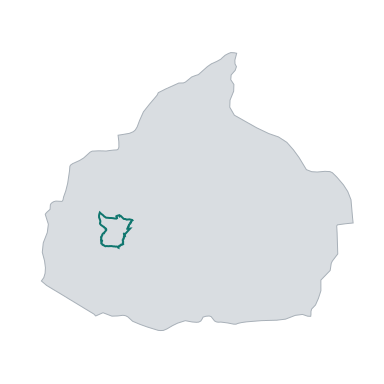 Mberengwa, Midlands, Zimbabwe (highlighted), rotated 85°
{"feature_id": "62879985B72104982716343", "entity_name": "Mberengwa", "entity_type": "district", "adm_level": 2, "iso_a3": "ZWE", "parent_name": "Zimbabwe", "parent_adm1": "Midlands", "projection": "equal_earth", "projection_center": [30.19, -20.689], "detail": "fine", "context": "in_parent", "style": "outline", "palette": "teal", "viewbox_px": 384, "rotation_deg": 85, "n_neighbors": 0, "source": "geoboundaries", "source_scale": "gbopen_adm2", "svg_char_len": 5959}
<svg xmlns="http://www.w3.org/2000/svg" viewBox="0 0 384 384"><g transform="rotate(85 192 192)"><path d="M267.5,349.8L264.4,347.1L260.1,345.4L254.7,344.6L247.7,344.9L239.0,346.4L229.7,344.6L219.8,339.7L211.6,337.9L201.7,340.1L201.3,340.1L199.6,338.5L196.9,334.9L192.4,334.2L191.2,333.4L190.2,332.0L189.5,330.3L189.2,328.4L190.0,322.5L189.6,321.8L188.4,321.1L185.9,320.4L180.0,317.7L172.5,315.1L160.4,312.2L155.7,311.4L154.6,310.6L153.3,308.4L150.9,301.5L148.7,297.0L143.4,290.0L142.6,287.9L142.8,282.3L143.2,277.9L143.7,274.0L143.5,270.5L143.4,266.1L143.5,263.1L142.8,261.8L140.9,260.9L135.5,260.5L129.0,260.7L128.7,256.2L128.1,249.2L126.8,245.2L125.3,243.1L122.3,240.9L116.2,238.0L107.9,233.4L100.8,226.7L92.6,218.4L90.1,216.9L87.0,209.1L82.3,195.6L82.6,191.1L81.9,188.9L77.4,182.3L76.4,178.9L75.6,175.4L68.4,165.7L66.0,161.5L64.1,156.0L62.2,151.7L60.7,149.9L58.6,147.0L57.2,143.6L56.5,141.1L57.0,137.7L57.7,135.4L64.4,137.8L68.1,138.0L71.0,136.8L74.6,138.4L78.8,142.8L83.5,143.6L88.5,140.9L95.2,141.7L103.8,146.1L110.8,147.0L119.2,143.1L126.6,132.3L133.6,122.1L140.5,110.4L144.7,101.0L150.8,93.2L158.8,87.3L167.1,82.3L179.7,76.1L182.2,71.0L183.0,65.5L183.0,57.8L183.7,52.8L185.0,50.5L187.1,48.7L189.8,46.4L198.1,40.5L205.1,36.8L213.6,34.3L222.9,34.3L231.8,34.3L236.9,34.2L237.0,41.7L237.4,50.0L238.4,50.8L245.1,51.0L255.9,51.6L266.4,52.2L273.0,58.2L275.2,59.5L282.2,61.2L291.0,71.3L301.6,72.2L308.9,75.3L315.3,78.8L319.0,83.0L321.4,83.9L324.6,84.2L326.2,84.6L325.8,87.6L323.6,92.6L323.9,99.9L326.8,109.9L327.1,118.7L326.2,134.0L326.1,148.9L326.4,154.2L326.9,157.7L327.5,159.7L327.3,161.9L325.5,168.1L324.1,174.6L324.0,177.3L323.5,179.1L322.4,180.8L317.8,183.8L317.0,185.7L317.0,189.0L317.6,191.9L319.3,192.9L321.3,194.5L322.2,196.7L322.2,198.9L321.5,203.1L319.6,209.9L321.4,217.8L323.4,223.0L326.2,228.9L327.4,232.6L327.3,235.2L326.9,237.7L322.5,248.5L319.4,255.2L315.6,262.4L310.7,266.9L309.4,269.1L308.8,271.6L309.0,277.0L308.7,282.6L304.5,291.2L307.1,298.7L306.4,299.3L305.0,300.4L298.9,308.8L292.7,317.2L288.2,323.4L283.0,330.4L277.3,338.3L272.4,345.0L267.5,349.8Z" fill="#d9dde1" stroke="#a8b0b8" stroke-width="1"/><path d="M238.7,267.5L238.5,267.4L238.6,267.2L238.5,266.9L238.4,266.8L238.4,266.6L238.4,266.4L238.4,266.1L238.3,265.9L238.2,265.7L238.1,265.4L238.0,265.2L237.9,265.1L237.7,265.2L237.6,265.3L237.5,265.5L237.6,265.8L237.4,265.7L237.2,265.6L237.0,265.4L236.9,265.3L236.7,265.4L236.3,265.2L236.2,265.1L235.9,264.9L235.6,264.9L235.1,265.0L234.8,265.2L234.6,265.2L234.2,265.2L233.9,265.2L233.8,264.9L233.4,264.6L233.1,264.4L232.8,264.3L232.7,264.4L232.7,264.5L232.4,264.5L232.2,264.3L232.0,263.9L231.9,263.9L231.8,264.0L231.5,263.9L231.3,263.8L231.3,263.7L231.1,263.6L230.8,263.6L230.4,263.7L230.2,263.5L230.2,263.2L230.2,262.9L229.8,263.1L229.6,263.2L229.4,262.9L229.3,262.6L229.2,262.6L229.0,262.9L228.8,263.2L228.4,263.4L228.2,263.3L227.9,263.4L227.8,263.2L227.7,263.2L227.9,262.3L227.9,262.1L227.6,261.9L227.5,261.7L227.1,261.2L226.9,261.0L226.7,260.8L226.4,260.5L223.0,256.8L223.0,257.5L223.0,257.9L223.0,258.2L223.0,259.1L223.0,259.3L223.0,259.7L222.9,259.7L222.7,259.6L222.4,259.4L222.2,259.2L221.9,258.7L221.7,258.7L221.4,258.8L221.1,258.7L220.9,258.5L220.7,258.5L220.5,258.4L220.4,258.3L220.4,258.0L220.4,257.9L220.1,257.8L219.9,257.9L219.7,257.8L219.5,257.7L219.3,257.7L219.2,257.6L218.9,257.5L218.8,257.2L218.7,257.0L218.5,256.7L218.2,256.5L218.2,256.4L217.8,256.1L217.5,256.1L217.4,256.0L217.2,256.1L217.0,255.8L216.9,255.7L216.9,255.4L216.7,255.4L216.6,255.5L216.4,255.5L216.3,255.4L216.2,255.3L216.1,255.1L215.9,254.9L215.7,254.8L215.6,254.7L215.4,254.4L215.2,254.1L215.1,253.9L215.0,254.0L214.9,254.0L214.7,254.0L214.5,254.5L214.2,255.5L213.8,256.6L213.8,258.6L213.8,259.1L213.8,259.6L213.5,260.1L213.2,260.4L213.0,261.6L212.8,262.4L211.6,263.4L209.8,264.9L209.5,265.2L209.6,265.4L210.0,266.1L209.4,266.3L208.8,266.5L209.2,268.7L209.4,269.1L209.6,269.5L210.2,269.3L210.8,269.1L211.2,268.9L211.4,268.9L211.5,268.9L211.6,269.2L211.8,269.4L211.9,269.6L211.6,271.6L211.5,272.1L211.3,272.5L211.1,273.3L211.1,273.6L210.9,274.5L210.8,275.2L210.8,275.7L210.6,276.9L210.4,277.9L210.3,278.6L210.1,279.8L208.8,281.4L208.8,281.5L207.3,282.7L205.5,284.7L205.2,284.9L204.4,285.6L205.8,286.2L207.1,286.6L209.1,286.8L212.4,285.9L213.8,285.9L214.5,286.2L215.1,286.4L215.6,286.4L217.0,285.5L217.1,285.4L217.3,285.1L217.6,284.7L217.8,284.5L217.9,284.4L218.0,284.3L218.1,284.1L219.1,283.0L219.1,282.9L219.3,282.8L219.3,282.7L219.5,282.6L219.8,282.4L220.1,281.9L220.6,281.3L221.2,281.0L221.3,280.8L221.5,280.8L221.6,281.0L221.7,280.9L222.0,280.7L222.3,280.7L222.6,280.8L222.8,281.0L223.5,281.7L223.6,281.8L223.8,282.0L224.0,282.2L224.2,282.4L224.3,282.5L224.5,282.7L224.7,282.8L224.8,283.0L225.0,283.0L225.3,283.2L225.5,283.3L225.5,283.7L225.5,283.9L225.6,284.3L225.8,284.5L226.1,284.7L226.3,284.8L226.5,285.0L226.8,285.2L227.0,285.2L227.5,285.2L227.6,285.3L227.9,285.5L228.0,285.7L228.1,285.8L228.4,286.1L228.9,286.5L229.0,286.5L229.0,286.4L229.3,286.2L229.5,286.3L229.8,286.6L230.1,286.5L230.4,286.4L230.6,286.4L231.1,286.6L231.4,286.7L231.5,286.8L231.8,286.8L231.8,286.4L232.0,286.2L232.4,286.1L232.7,285.8L232.9,285.8L233.0,285.9L233.0,286.1L233.3,286.3L233.4,286.5L233.5,286.6L233.7,286.4L233.8,286.3L234.1,286.3L234.3,286.5L234.8,286.9L235.0,286.9L235.3,286.8L235.4,286.7L235.5,286.7L236.0,286.1L236.2,285.9L236.3,285.8L236.7,285.8L236.8,285.7L236.8,285.4L236.9,285.2L237.0,285.2L237.1,284.9L237.3,284.9L237.6,284.3L238.5,283.1L238.5,282.7L238.4,282.1L238.5,281.3L238.6,280.7L238.7,280.0L238.8,279.4L238.7,278.8L238.8,278.0L238.8,277.1L239.3,275.2L239.4,274.2L239.5,273.6L239.7,273.2L239.7,272.9L239.8,271.7L240.0,271.2L240.3,270.8L240.8,270.6L241.1,270.1L240.8,270.1L240.4,270.2L240.2,270.2L239.9,270.1L239.7,269.9L239.7,269.7L239.8,269.5L239.8,269.4L239.8,269.2L239.7,269.0L239.7,268.9L239.3,268.8L239.3,268.7L239.2,268.7L238.9,268.3L238.9,268.2L238.7,267.8L238.7,267.6L238.7,267.5Z" fill="none" stroke="#0f766e" stroke-width="2"/></g></svg>